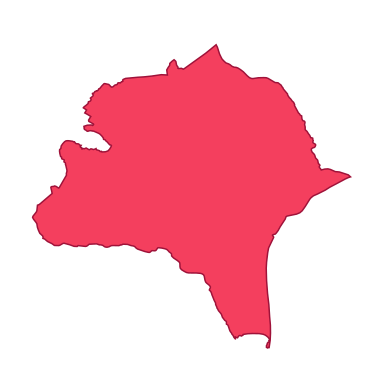 Thuan Bac, Ninh Thuận, Vietnam, rotated 95°
{"feature_id": "81297802B93158398760307", "entity_name": "Thuan Bac", "entity_type": "district", "adm_level": 2, "iso_a3": "VNM", "parent_name": "Vietnam", "parent_adm1": "Ninh Thuận", "projection": "albers", "projection_center": [109.083, 11.744], "detail": "fine", "context": "isolated", "style": "filled", "palette": "rose", "viewbox_px": 384, "rotation_deg": 95, "n_neighbors": 0, "source": "geoboundaries", "source_scale": "gbopen_adm2", "svg_char_len": 5991}
<svg xmlns="http://www.w3.org/2000/svg" viewBox="0 0 384 384"><g transform="rotate(95 192 192)"><path d="M84.6,268.0L85.8,270.3L86.5,270.8L87.4,270.5L87.7,270.5L88.0,270.8L88.3,271.8L89.5,272.8L89.7,275.1L90.1,275.5L90.9,275.7L91.6,276.2L92.0,277.6L92.4,278.4L93.8,279.6L94.3,280.3L94.5,281.5L92.1,284.3L91.6,288.4L91.8,289.1L94.1,291.0L97.0,293.0L97.4,293.9L98.5,294.3L99.4,295.0L99.5,296.1L100.0,296.4L100.4,297.5L101.7,298.2L102.2,298.9L102.4,299.7L102.9,299.8L103.8,298.8L104.0,298.8L104.5,298.9L105.4,299.4L107.3,301.4L107.5,301.4L108.4,300.6L109.7,300.8L110.5,301.5L111.1,303.0L111.7,303.2L112.6,303.1L112.9,303.2L114.8,305.0L116.6,307.0L117.6,307.6L119.5,304.2L122.6,305.7L123.9,302.7L125.6,299.4L129.4,301.3L130.7,300.9L132.0,297.9L132.6,296.8L132.8,296.1L133.2,295.9L133.7,296.1L134.4,296.8L134.0,298.2L134.6,302.2L136.0,305.4L137.0,305.2L137.4,304.8L138.4,305.0L139.1,304.4L139.7,303.0L140.5,301.9L140.6,301.0L140.2,300.3L139.9,299.3L139.7,298.0L140.0,296.6L139.8,296.3L140.0,295.1L141.6,290.3L142.2,289.0L143.9,286.9L145.6,285.3L146.2,284.9L146.8,284.9L147.3,284.6L147.5,283.4L147.8,282.8L148.4,282.5L149.5,280.9L152.2,278.1L152.2,277.0L152.7,276.7L153.0,276.3L154.7,276.9L156.6,277.9L158.4,279.3L159.5,281.8L159.9,284.9L159.9,285.4L159.4,285.7L159.7,286.6L159.7,287.0L158.9,287.8L158.3,290.6L158.1,290.9L157.1,291.4L157.6,292.0L158.3,294.1L157.9,295.4L157.8,296.5L158.8,297.8L158.7,298.6L157.4,301.3L158.3,303.0L158.2,304.3L158.6,304.9L158.7,305.4L157.5,305.7L157.2,306.9L156.7,307.3L155.2,306.5L155.1,307.8L154.0,309.1L153.9,311.8L153.7,312.2L152.2,313.5L152.4,314.3L151.9,315.2L151.7,318.4L151.7,320.1L152.0,321.9L153.0,323.3L155.2,325.0L157.5,326.3L160.2,326.5L161.2,327.5L161.6,327.6L163.1,327.5L165.2,327.0L168.1,326.0L168.6,325.0L170.2,324.7L171.2,322.1L171.6,322.0L173.1,322.2L173.9,320.8L174.3,320.6L175.8,320.4L176.2,320.1L181.2,318.5L182.3,318.4L184.5,318.8L185.4,318.7L186.1,318.5L199.0,324.5L199.6,325.0L199.7,325.3L198.4,327.6L198.1,328.6L198.0,329.6L198.4,330.1L198.8,332.1L199.1,332.7L199.6,333.0L200.5,332.8L203.2,331.9L205.7,331.2L216.8,342.1L217.8,343.1L218.6,344.8L224.1,344.9L225.6,345.4L229.8,348.2L231.1,348.6L232.0,348.1L233.0,347.4L235.8,344.8L237.1,343.8L240.7,342.9L243.6,341.6L246.4,340.0L248.7,337.0L250.0,336.4L251.2,336.5L251.7,334.7L253.9,331.6L255.7,326.9L257.2,324.5L257.2,323.7L257.0,320.4L256.7,319.2L254.5,316.1L254.2,315.0L255.2,309.3L256.4,304.8L256.3,301.9L256.2,301.5L255.3,300.8L255.5,293.4L255.2,292.4L254.7,291.6L253.0,289.9L252.3,284.9L252.0,282.3L252.7,279.8L252.6,278.1L252.8,276.9L253.0,276.1L254.1,274.4L254.4,273.0L254.4,271.8L253.8,269.9L252.9,268.5L252.4,267.4L252.2,266.0L251.8,260.3L251.4,259.2L250.8,258.3L250.9,257.9L250.8,257.3L250.2,256.7L250.0,256.0L249.8,251.6L250.7,248.0L250.9,245.5L251.5,244.1L252.7,242.8L253.6,241.2L255.4,233.8L255.9,230.4L255.9,229.1L255.5,228.4L254.2,227.2L253.9,226.7L253.8,223.7L253.3,222.8L250.7,221.3L250.4,220.3L250.5,217.0L251.0,213.5L251.5,212.0L252.4,210.8L253.6,209.6L254.6,208.0L255.3,207.1L257.5,206.7L258.5,205.6L259.4,204.5L261.5,200.7L262.7,198.9L263.7,198.0L265.2,197.7L267.2,197.5L268.8,197.1L269.5,196.5L270.4,195.5L271.8,192.7L272.7,190.4L272.9,188.2L272.3,180.3L272.3,176.4L272.7,174.6L273.5,173.3L274.7,172.5L278.6,171.4L280.4,170.6L281.4,169.6L283.3,166.8L284.3,165.8L284.9,165.4L285.9,165.4L287.3,166.0L288.1,166.2L288.8,165.5L289.3,164.8L290.8,163.9L292.8,163.1L298.3,160.3L300.4,158.9L302.1,158.6L304.4,157.3L305.6,156.9L306.2,156.3L307.9,155.3L310.7,152.5L311.8,151.8L314.1,150.8L315.0,150.0L317.0,148.2L317.6,147.1L318.0,146.6L318.4,146.4L320.6,146.2L321.3,144.8L322.3,144.2L326.9,142.2L328.0,141.4L329.0,140.4L329.9,140.0L331.3,138.6L333.2,137.5L335.0,135.6L333.4,136.6L333.2,136.6L332.6,136.3L332.9,135.5L333.3,134.1L333.1,133.8L331.9,133.3L331.1,132.6L330.8,132.0L330.8,131.7L330.9,130.8L331.2,130.4L330.3,128.8L329.5,128.7L329.2,127.7L328.3,124.0L327.7,119.4L327.2,112.7L327.5,108.7L328.2,106.5L328.8,105.4L329.9,103.8L330.9,102.8L332.1,101.9L332.9,101.9L333.2,102.4L333.5,102.5L334.0,102.2L334.9,102.2L335.0,102.3L335.1,103.1L336.1,103.8L337.4,103.9L338.4,104.4L339.0,104.4L340.3,104.3L340.5,103.9L340.5,103.4L340.8,102.9L340.1,102.5L340.2,101.6L332.9,101.2L325.7,101.5L317.8,102.3L309.4,103.8L297.6,105.6L286.5,107.9L273.7,110.0L261.5,111.4L255.4,111.6L245.9,111.3L241.0,110.8L230.1,106.7L229.6,106.8L228.3,108.0L227.8,108.0L227.1,106.7L226.6,105.3L225.3,104.3L222.8,102.8L218.9,101.1L210.9,96.8L208.5,96.2L207.7,95.2L204.9,85.9L203.3,82.8L201.1,80.6L196.5,77.9L189.0,74.1L187.3,72.9L185.2,70.7L183.0,66.7L178.5,59.4L175.4,55.4L165.7,40.5L163.9,37.3L163.1,35.4L161.3,37.8L159.2,46.9L159.2,51.1L157.5,56.0L157.1,58.6L157.6,61.8L158.8,65.2L157.6,66.0L156.6,67.1L156.0,67.4L155.4,67.4L154.5,66.9L154.0,67.0L152.9,68.2L152.3,68.7L149.9,69.4L149.1,69.8L147.6,71.6L147.0,72.0L144.5,73.0L143.5,73.8L141.8,75.8L140.5,76.5L139.7,76.8L138.7,76.8L137.6,75.7L137.1,74.3L136.3,73.4L135.1,73.0L134.4,72.9L133.7,73.2L132.7,75.3L132.3,75.8L131.5,76.0L130.2,75.7L129.4,76.2L127.9,76.4L127.6,77.1L127.5,78.5L125.7,79.4L125.0,79.9L124.0,80.9L121.6,82.7L120.3,84.4L119.5,84.8L118.4,84.8L117.1,85.0L115.1,85.7L112.9,85.5L112.5,85.6L111.9,85.9L111.5,86.5L111.4,87.5L111.1,87.9L110.3,88.5L109.4,88.9L106.6,89.4L106.2,90.4L105.7,91.1L104.8,91.7L104.0,92.8L97.0,97.4L95.9,97.4L93.8,98.6L92.6,100.2L91.4,101.2L90.4,102.1L89.6,103.2L88.6,104.0L87.2,105.1L86.0,105.4L81.4,110.0L80.3,110.5L79.1,111.7L77.9,112.4L75.7,115.8L75.7,118.8L72.2,126.1L71.7,128.0L71.8,130.5L72.4,135.7L73.7,141.3L73.7,142.7L73.1,144.7L71.5,147.0L67.8,151.3L65.9,154.3L64.5,157.0L64.0,158.9L64.0,160.9L63.3,163.1L61.8,165.3L61.1,166.9L60.5,169.3L59.2,171.1L57.0,173.6L55.0,174.9L52.1,176.6L45.6,179.3L43.2,180.8L52.7,190.6L69.5,210.1L70.4,211.4L69.7,213.3L70.2,216.2L70.0,216.8L68.9,216.8L67.0,218.4L63.5,219.4L63.0,219.8L61.8,221.4L63.6,223.4L65.8,225.3L67.8,225.3L69.8,226.5L72.6,227.8L77.6,226.7L77.8,232.8L80.0,242.1L81.5,249.9L82.4,255.9L84.6,268.0Z" fill="#f43f5e" stroke="#9f1239" stroke-width="1.5"/></g></svg>